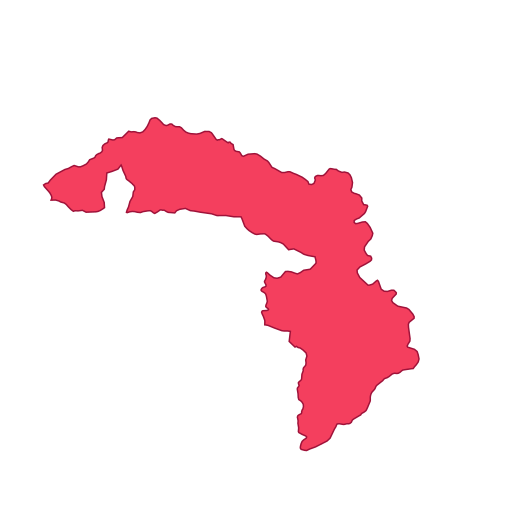 the district of Shumer, Pemagatsel, Bhutan, rotated 141°
{"feature_id": "84629894B11783061729770", "entity_name": "Shumer", "entity_type": "district", "adm_level": 2, "iso_a3": "BTN", "parent_name": "Bhutan", "parent_adm1": "Pemagatsel", "projection": "robinson", "projection_center": [91.402, 27.089], "detail": "fine", "context": "isolated", "style": "filled", "palette": "rose", "viewbox_px": 512, "rotation_deg": 141, "n_neighbors": 0, "source": "geoboundaries", "source_scale": "gbopen_adm2", "svg_char_len": 6089}
<svg xmlns="http://www.w3.org/2000/svg" viewBox="0 0 512 512"><g transform="rotate(141 256 256)"><path d="M167.9,276.6L169.7,278.6L168.8,281.1L169.5,284.5L170.5,288.1L173.3,294.0L174.8,296.5L176.6,300.1L178.0,301.3L181.3,302.9L183.5,304.7L186.5,312.3L187.8,314.8L187.2,320.6L187.3,322.6L188.7,326.2L189.7,330.8L191.1,334.6L192.7,336.4L198.1,340.1L203.1,341.4L203.9,342.9L203.4,346.0L203.5,347.5L205.6,349.9L206.2,351.4L206.1,352.6L203.7,357.0L204.5,359.1L204.5,360.8L205.3,361.5L206.4,361.5L207.0,363.1L208.5,368.3L208.9,368.9L210.9,369.2L212.4,370.2L213.1,370.3L213.6,371.6L213.1,378.4L213.1,379.9L214.1,382.3L217.5,385.1L222.4,386.5L225.4,388.1L229.7,392.1L231.2,394.0L232.5,396.4L233.1,399.3L233.3,402.6L234.1,404.6L236.1,406.2L237.3,407.4L238.2,409.8L238.4,411.5L239.7,412.7L242.3,413.2L243.6,413.8L244.4,414.9L245.1,416.3L245.2,418.4L245.5,422.0L246.2,425.5L247.5,427.0L250.5,428.6L252.7,428.4L255.3,426.9L258.9,425.2L262.6,424.1L265.9,423.7L268.7,424.7L270.7,426.8L271.3,428.0L272.7,429.5L274.9,431.0L276.4,433.1L285.4,432.2L288.7,434.6L290.0,435.4L292.7,435.3L294.2,436.2L296.8,439.5L297.7,439.1L299.1,437.8L300.2,437.6L303.0,438.3L305.4,438.2L307.2,437.2L308.9,434.6L310.4,434.0L312.7,434.1L313.7,434.6L316.1,435.0L317.6,434.8L318.9,434.1L320.2,434.1L324.7,435.5L327.3,434.6L329.9,434.2L333.8,435.0L336.3,435.8L337.9,437.0L340.4,440.8L343.3,441.5L346.7,442.1L350.1,443.5L359.9,445.4L368.1,444.4L371.6,443.5L373.9,444.7L376.4,444.9L376.8,443.1L376.5,437.0L376.5,434.9L376.8,432.9L377.2,431.3L377.9,429.9L378.8,429.1L380.1,428.4L376.5,425.6L374.6,422.9L373.8,420.9L371.6,417.8L371.0,415.4L370.9,412.4L370.5,408.4L369.8,405.7L368.2,405.1L365.8,403.0L362.1,400.7L360.5,397.0L352.6,391.1L350.8,390.1L348.4,389.4L345.2,389.0L343.3,388.9L340.3,393.1L338.3,399.2L336.1,402.7L331.9,403.4L330.1,405.2L324.3,409.4L319.7,414.4L314.8,412.4L308.6,410.4L303.6,411.6L304.0,410.0L305.5,406.2L307.1,399.9L308.1,398.0L308.2,397.2L308.1,396.4L307.6,394.6L306.7,390.2L306.7,389.1L306.5,388.0L306.5,386.9L307.0,385.6L308.5,383.8L311.0,383.0L314.3,379.8L319.6,377.7L324.3,374.3L327.1,372.9L329.2,371.5L328.9,370.8L326.3,369.8L324.0,368.4L322.2,366.7L320.7,364.7L318.5,362.5L315.9,361.6L311.5,359.1L309.6,357.7L309.0,356.3L308.5,354.0L307.9,352.8L304.8,352.3L301.4,352.1L300.7,351.5L299.6,350.2L298.7,349.6L298.3,348.9L297.7,347.0L296.8,345.2L292.0,340.6L289.3,341.2L285.9,340.3L280.9,337.4L278.5,332.6L275.8,329.9L271.8,325.2L263.9,316.7L260.9,312.0L253.9,306.4L248.6,300.5L243.0,295.9L243.4,294.0L246.0,286.2L245.8,282.7L245.4,280.2L244.3,276.6L243.1,273.8L241.9,272.3L238.7,270.4L235.5,268.0L234.9,267.0L234.2,264.2L233.7,259.2L233.4,257.7L232.9,256.4L229.7,252.9L228.4,250.9L227.4,248.6L227.2,247.9L226.7,240.3L225.3,239.6L222.1,237.7L218.8,230.5L217.9,227.7L217.3,226.6L215.3,223.7L210.6,218.2L211.1,217.3L212.0,215.3L213.1,213.5L214.1,212.6L222.2,211.6L227.9,214.9L232.0,215.2L235.1,216.0L236.6,218.2L238.5,221.4L240.9,224.0L242.9,225.4L250.0,224.0L253.6,225.4L255.8,227.8L257.2,232.4L257.7,235.8L258.1,236.8L258.8,236.8L259.7,236.0L260.5,234.0L261.9,232.7L263.5,231.7L265.3,231.0L265.8,230.3L266.4,227.3L267.2,226.3L268.2,226.3L270.6,227.2L272.1,227.1L273.4,226.5L273.7,225.9L273.6,224.8L272.8,222.9L272.5,221.8L272.4,220.5L272.8,219.3L273.4,217.9L275.7,213.7L277.2,212.6L279.1,211.6L280.2,210.6L280.3,209.5L279.7,207.6L279.9,206.6L280.6,206.4L281.8,206.8L285.2,209.2L286.0,209.3L287.0,208.8L287.6,207.3L288.3,204.4L289.6,200.7L290.2,199.7L292.5,197.0L291.9,196.4L290.3,194.5L286.9,188.3L283.0,181.8L281.4,180.1L278.7,177.9L276.7,175.8L284.0,168.7L283.0,160.7L281.4,160.3L280.9,158.4L279.6,156.8L278.6,153.3L278.1,149.1L279.4,146.2L282.8,143.9L284.4,141.4L286.1,139.8L289.4,139.2L290.6,138.4L291.5,137.1L294.7,135.2L298.1,131.6L299.2,131.2L302.1,131.1L302.9,130.8L303.5,129.7L303.9,128.3L305.2,127.7L306.7,127.4L307.6,126.7L310.0,122.5L312.2,119.5L313.1,117.5L312.4,115.4L312.2,113.7L312.4,111.9L312.7,110.8L314.0,109.0L315.9,107.6L317.0,107.3L318.4,106.4L319.1,105.5L320.0,105.0L323.1,105.6L324.1,105.5L325.3,104.7L325.7,103.8L327.0,101.4L328.7,99.6L331.0,95.6L333.6,92.8L333.8,91.8L332.4,88.3L330.6,84.8L330.5,83.5L331.7,82.8L334.4,83.1L336.8,82.9L338.8,81.9L340.5,80.7L341.9,79.5L342.5,78.6L342.6,77.3L340.5,74.4L339.1,73.0L335.7,72.2L329.9,70.2L317.2,67.5L313.1,67.8L304.1,72.1L301.3,73.1L299.8,74.0L298.6,74.4L296.9,73.3L294.1,70.1L293.2,69.5L290.8,68.4L290.2,67.8L289.4,67.2L288.3,66.8L286.5,66.8L284.6,67.8L283.8,67.9L282.3,67.8L275.5,66.8L274.8,66.6L273.7,67.0L272.4,67.1L270.7,66.7L268.2,66.6L267.3,66.8L264.8,68.0L258.7,71.3L258.1,71.8L256.0,74.4L254.9,75.4L253.3,76.5L251.6,77.2L247.7,77.8L246.5,78.3L244.9,79.2L243.5,79.5L236.0,79.4L234.2,79.8L233.1,79.8L230.7,78.9L228.6,78.6L224.5,78.6L223.5,78.3L222.1,77.7L220.4,76.0L219.1,75.3L217.3,75.0L215.2,75.1L213.8,75.0L212.6,74.4L206.0,70.5L204.7,69.6L202.5,70.2L199.9,70.6L196.6,71.6L194.1,73.4L192.0,77.4L190.9,80.4L191.6,83.8L195.5,89.7L195.2,90.9L193.2,91.9L190.0,93.0L188.3,94.8L182.3,104.7L180.5,107.1L178.7,108.1L172.4,108.1L171.3,109.3L170.7,112.1L170.8,118.2L171.7,120.8L177.4,127.8L179.0,133.6L178.7,136.0L176.8,137.4L171.0,138.2L170.1,139.1L170.1,140.3L170.4,142.6L172.3,144.2L176.1,145.7L178.6,148.0L179.6,151.4L176.8,159.3L176.9,160.7L178.4,160.9L183.0,160.7L186.0,161.9L187.3,162.8L188.9,174.0L187.9,179.1L186.3,181.5L182.1,182.1L175.7,180.8L170.7,180.1L168.7,180.3L167.5,181.5L167.0,183.7L169.0,186.2L168.9,188.7L168.2,192.5L165.9,194.8L159.6,196.7L156.0,197.0L152.9,198.6L150.9,200.2L149.3,206.4L149.0,211.3L149.5,213.8L152.0,215.5L156.4,217.3L158.2,218.4L158.6,220.3L157.3,221.8L154.6,221.5L151.9,220.6L145.0,220.8L142.9,221.5L137.9,224.4L137.7,225.5L138.8,226.9L140.0,228.1L139.2,232.2L137.3,234.5L137.3,238.3L139.1,241.4L140.3,243.0L141.3,245.6L140.5,247.9L138.2,249.1L134.8,252.3L132.6,256.8L131.9,260.0L132.2,262.6L134.4,265.6L136.6,266.9L138.5,270.3L139.1,272.8L140.2,273.7L142.3,276.2L143.4,277.3L144.5,277.5L150.0,276.3L153.0,276.2L155.0,277.5L156.6,279.1L157.6,279.9L159.5,280.4L160.3,280.3L161.3,279.7L162.1,277.7L165.1,276.0L166.2,276.1L167.9,276.6Z" fill="#f43f5e" stroke="#9f1239" stroke-width="1.5"/></g></svg>